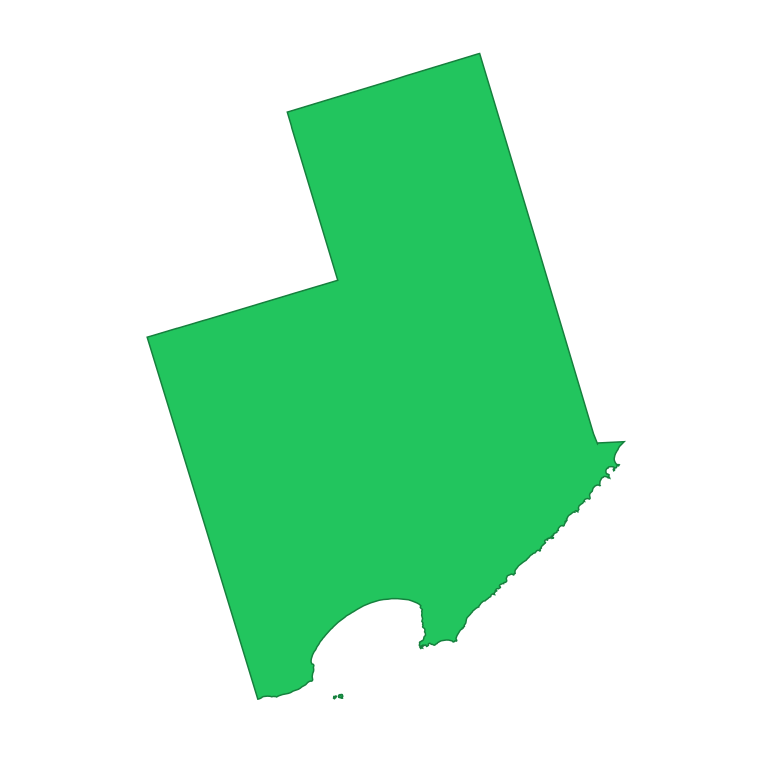 Robe, South Australia, Australia, rotated 253°
{"feature_id": "25037944B13028513234480", "entity_name": "Robe", "entity_type": "district", "adm_level": 2, "iso_a3": "AUS", "parent_name": "Australia", "parent_adm1": "South Australia", "projection": "orthographic", "projection_center": [139.804, -37.186], "detail": "fine", "context": "isolated", "style": "filled", "palette": "green", "viewbox_px": 768, "rotation_deg": 253, "n_neighbors": 0, "source": "geoboundaries", "source_scale": "gbopen_adm2", "svg_char_len": 6090}
<svg xmlns="http://www.w3.org/2000/svg" viewBox="0 0 768 768"><g transform="rotate(253 384 384)"><path d="M119.5,171.2L119.4,172.1L119.5,173.8L119.8,175.3L120.3,176.2L120.3,177.6L119.6,181.3L118.6,183.9L117.7,185.2L117.6,186.6L116.9,188.8L116.1,189.8L116.6,192.2L116.7,196.3L116.1,202.0L116.2,204.5L116.9,207.3L117.1,213.0L117.6,215.0L118.4,216.9L119.3,221.1L120.8,223.7L121.3,225.2L121.4,226.7L121.0,228.0L121.2,228.6L121.9,229.3L125.3,229.8L128.1,231.2L130.0,232.7L131.5,233.3L133.8,233.7L135.2,234.6L136.1,234.6L136.8,234.2L137.1,233.5L137.3,233.3L138.9,233.0L140.3,233.2L142.5,234.2L146.0,236.6L148.3,238.8L149.9,241.0L152.3,243.1L154.1,245.5L156.2,247.6L157.7,250.0L158.6,251.0L159.8,253.1L160.7,254.3L165.0,261.4L165.9,263.5L166.6,264.5L169.6,270.6L172.4,278.4L173.3,280.3L174.2,284.4L175.0,287.1L175.1,288.0L176.3,292.3L177.9,299.7L178.6,307.5L178.6,316.3L178.0,320.8L177.0,325.1L176.5,328.6L174.7,334.4L170.5,344.4L168.1,347.7L164.9,351.6L163.1,353.3L161.4,354.3L161.2,354.4L159.9,353.4L158.3,353.9L157.3,354.7L156.8,354.6L155.8,353.6L153.9,353.4L151.8,352.4L148.3,352.3L146.0,350.8L144.0,351.4L142.7,350.6L141.8,350.8L140.5,349.9L139.7,350.2L138.7,351.0L137.6,351.4L135.9,350.9L135.1,350.3L134.1,350.7L131.8,350.3L131.3,350.0L130.8,348.7L129.2,347.6L128.8,347.6L127.5,346.3L127.3,345.8L127.3,344.7L127.0,344.3L126.8,342.8L126.4,342.4L125.5,342.3L123.9,341.4L123.4,341.4L122.6,342.0L122.4,342.0L121.9,341.4L120.3,341.8L120.3,342.0L120.9,342.5L120.4,343.3L121.5,342.9L122.6,343.0L122.6,343.3L121.6,343.9L121.4,344.4L121.6,344.6L122.1,344.4L122.8,344.5L123.0,345.0L122.6,345.5L122.4,346.1L122.1,346.5L122.3,346.9L122.2,347.7L120.6,348.0L120.6,348.6L121.1,350.0L121.5,350.3L122.2,350.2L122.5,350.5L122.7,351.1L122.7,352.1L121.2,353.2L120.9,354.1L119.7,355.4L119.5,355.9L119.5,356.3L120.2,357.9L120.3,358.9L120.9,359.6L121.6,362.7L121.7,363.8L121.0,368.6L120.3,370.8L118.6,373.7L117.9,374.4L117.1,374.7L117.1,376.1L117.6,376.6L117.6,377.0L117.5,377.4L117.1,377.7L117.0,378.2L117.7,378.7L118.6,378.4L119.7,378.5L122.0,380.2L126.2,384.9L126.6,385.7L126.8,386.9L127.8,387.6L127.5,388.4L128.5,389.2L128.6,390.0L129.9,390.2L131.0,391.8L131.7,392.4L135.2,394.2L136.3,395.2L138.7,399.5L139.2,400.0L139.9,401.4L140.9,402.5L142.7,406.7L143.1,408.6L143.0,409.4L143.3,409.5L144.1,410.1L145.0,411.4L146.0,412.6L147.1,415.0L147.3,415.5L147.1,417.4L147.8,418.7L148.4,420.6L149.1,421.8L149.5,423.9L150.7,424.5L151.2,425.4L151.5,426.8L150.6,427.6L150.3,428.2L151.0,428.1L151.9,428.3L152.5,429.4L153.7,429.9L153.7,430.3L153.1,430.8L153.1,431.2L153.3,431.3L153.6,430.9L154.2,430.7L154.8,431.1L155.1,431.7L155.2,432.6L154.7,433.7L155.0,434.3L155.2,435.5L155.5,435.9L155.9,435.9L156.8,435.3L157.1,435.3L157.9,435.9L158.2,436.6L158.5,439.0L158.1,440.1L159.0,440.6L159.1,441.0L158.8,442.1L158.9,442.6L159.6,443.7L160.2,443.9L162.2,444.0L164.5,445.9L165.0,450.1L164.7,450.8L163.5,452.1L163.6,452.5L164.6,453.1L164.5,454.0L166.0,454.3L167.4,454.9L168.3,456.0L169.1,457.3L170.8,459.5L172.9,464.8L173.6,467.1L173.8,468.2L174.9,469.9L176.0,472.1L177.3,473.9L177.7,475.8L178.4,477.1L178.4,479.3L179.8,481.1L180.0,482.5L179.6,483.5L178.9,483.9L178.8,484.6L179.2,484.9L180.1,484.8L180.8,485.4L180.8,486.1L181.0,486.3L181.4,486.3L181.4,486.6L182.0,486.6L182.3,486.8L183.2,488.2L183.5,489.1L184.0,489.5L184.0,490.1L184.6,491.0L184.7,491.7L185.3,492.1L185.9,491.6L186.4,491.6L187.0,491.8L187.5,492.3L187.8,493.8L187.5,494.3L186.9,494.4L186.9,494.7L187.1,494.8L187.5,494.6L187.9,495.0L188.3,495.0L188.4,495.5L188.1,495.9L188.4,496.5L188.2,496.6L188.2,497.3L187.9,497.6L188.1,498.0L188.7,498.3L188.9,499.3L187.2,499.4L187.2,499.8L187.2,500.3L187.1,500.9L187.5,501.1L187.9,500.7L187.8,500.0L188.1,499.8L188.3,499.8L189.1,500.7L189.5,500.3L189.8,500.4L189.9,500.8L189.5,501.1L189.8,501.8L190.7,502.1L190.9,502.9L191.3,503.0L191.6,505.9L192.6,506.3L193.1,507.2L192.9,507.5L193.0,507.9L193.8,507.8L195.2,508.8L196.3,510.6L196.6,511.4L196.6,513.0L195.8,513.8L195.8,514.4L196.2,515.0L197.1,515.5L198.3,516.7L199.5,517.0L199.2,517.9L199.9,518.0L200.0,519.0L200.7,519.3L201.6,519.1L202.5,520.4L203.3,520.8L203.9,521.7L204.5,522.8L204.9,524.4L206.2,527.6L205.6,529.1L206.4,529.3L206.8,530.2L206.6,530.8L206.0,531.0L205.1,532.0L206.1,532.4L207.1,533.7L208.6,533.6L210.5,535.0L211.6,537.7L211.9,539.1L213.1,540.5L213.2,540.9L213.0,541.4L214.0,541.2L214.8,542.2L215.1,543.3L215.0,545.1L214.6,545.9L213.9,546.7L214.0,547.2L214.5,547.7L217.8,548.1L219.2,549.1L220.6,551.8L222.6,553.0L223.4,553.7L224.7,555.9L225.0,557.6L224.9,559.0L224.6,559.7L223.7,560.6L223.7,561.0L224.5,560.8L227.7,562.1L230.4,564.7L230.7,566.4L231.1,567.0L231.1,568.1L230.2,569.7L229.3,570.6L228.9,570.7L228.8,571.0L228.6,571.1L228.4,572.0L228.1,572.3L228.8,572.3L229.3,571.5L229.6,571.4L229.6,571.8L231.3,572.7L232.0,572.2L232.2,571.6L232.9,571.1L232.9,570.6L234.3,570.4L236.3,570.8L237.2,571.5L237.9,572.3L238.2,573.0L238.0,573.5L238.5,573.7L239.0,574.9L238.7,576.5L238.3,577.8L237.5,579.3L236.9,579.7L236.3,579.7L235.6,579.1L235.4,578.3L233.9,578.3L234.0,578.8L234.6,578.9L234.2,579.1L234.3,579.3L234.8,579.2L235.2,579.6L235.6,579.6L236.2,580.0L236.2,581.3L235.5,581.6L236.3,581.6L236.7,582.3L237.4,582.6L237.7,583.7L237.6,584.0L237.2,584.2L237.3,584.7L237.8,584.6L238.1,585.3L238.2,585.2L238.3,584.4L238.6,584.1L238.7,583.3L239.1,582.9L240.8,582.3L242.6,582.0L244.0,582.0L245.3,582.3L248.1,583.8L249.8,585.1L252.4,587.8L252.7,588.4L254.0,589.4L255.4,590.9L258.6,596.8L265.0,571.6L264.3,570.7L275.2,569.8L475.5,571.2L672.1,572.1L672.2,570.0L672.3,495.8L672.1,481.9L672.3,371.0L658.1,370.9L655.9,370.7L496.7,370.1L497.0,326.3L497.4,232.9L497.5,229.6L497.7,202.0L497.8,202.0L498.0,171.2L297.3,171.4L119.5,171.2ZM95.7,252.4L96.8,252.6L97.4,253.3L99.0,253.3L99.4,252.9L99.6,252.1L99.1,251.4L99.4,251.0L99.8,250.9L99.7,250.0L98.9,249.2L98.3,249.4L97.6,249.1L97.1,249.9L97.4,249.9L97.4,250.2L96.4,251.1L96.9,251.6L95.9,251.8L95.7,252.4ZM98.5,246.3L98.6,246.6L99.2,247.2L99.6,246.9L99.5,246.4L99.8,246.1L99.3,245.6L99.2,245.2L99.7,244.6L98.3,243.9L97.5,244.5L97.6,244.9L98.3,245.1L98.1,246.0L98.5,246.3Z" fill="#22c55e" stroke="#15803d" stroke-width="1.5"/></g></svg>